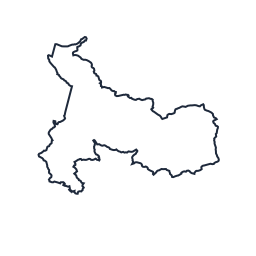 Itapeva, São Paulo, Brazil, rotated 105°
{"feature_id": "56859067B49589279755893", "entity_name": "Itapeva", "entity_type": "district", "adm_level": 2, "iso_a3": "BRA", "parent_name": "Brazil", "parent_adm1": "São Paulo", "projection": "equal_earth", "projection_center": [-48.855, -23.896], "detail": "fine", "context": "isolated", "style": "outline", "palette": "slate", "viewbox_px": 256, "rotation_deg": 105, "n_neighbors": 0, "source": "geoboundaries", "source_scale": "gbopen_adm2", "svg_char_len": 5867}
<svg xmlns="http://www.w3.org/2000/svg" viewBox="0 0 256 256"><g transform="rotate(105 128 128)"><path d="M149.9,47.2L148.7,46.2L148.0,46.5L147.3,46.9L146.6,47.0L145.7,46.5L144.9,45.7L144.6,44.9L141.2,39.1L141.1,37.2L140.5,35.8L139.6,35.6L138.4,34.5L137.4,32.9L136.5,32.1L135.4,32.0L134.5,32.4L133.5,33.1L132.4,34.5L131.5,34.9L129.8,36.4L127.3,37.2L126.0,37.8L124.2,38.0L120.9,40.2L120.0,40.6L119.2,40.6L117.7,41.6L116.8,41.6L116.0,42.0L115.1,41.7L113.4,40.6L111.1,41.6L110.0,41.0L106.4,41.4L104.9,41.2L103.6,41.4L103.1,42.3L103.1,43.9L101.6,45.1L100.9,46.6L99.8,47.4L98.9,47.3L96.5,44.6L95.9,45.4L95.5,47.7L93.7,49.2L92.5,49.6L91.5,51.4L90.8,54.7L90.8,56.3L90.5,58.4L90.0,59.0L88.4,60.0L86.2,60.8L85.6,61.5L87.2,63.4L88.5,64.2L88.6,65.6L88.4,67.7L88.6,69.4L89.7,72.3L90.1,73.8L91.0,75.9L92.7,77.8L92.8,79.6L93.0,81.0L93.6,81.9L95.3,83.7L95.9,84.7L96.6,85.3L97.0,86.2L97.8,87.0L99.7,87.1L101.1,86.9L102.0,87.6L103.4,89.8L103.7,91.8L104.4,92.6L105.4,93.3L107.6,93.0L110.4,97.2L109.8,98.1L108.8,99.0L107.8,100.4L107.3,102.6L105.6,107.0L105.3,108.4L104.0,110.3L103.2,110.2L102.7,109.3L101.8,108.9L101.0,109.8L99.1,109.7L97.1,110.1L95.3,111.3L94.3,111.4L93.8,112.6L94.0,114.0L93.8,115.4L94.9,118.1L95.8,118.6L97.4,121.6L97.2,123.5L96.8,124.7L97.7,126.6L98.8,127.6L99.0,129.2L98.7,131.7L98.0,132.5L98.5,133.8L97.6,136.2L96.4,135.9L96.0,136.7L96.3,137.6L96.2,138.8L96.8,139.7L97.0,140.8L99.6,145.7L100.1,147.1L99.8,148.7L98.5,149.4L97.7,148.9L96.4,149.0L96.4,150.2L95.9,151.0L96.2,152.0L96.0,153.5L94.5,155.6L94.2,156.5L94.7,157.7L94.6,158.7L94.5,161.6L95.6,163.6L94.6,164.0L94.5,165.0L92.5,165.5L92.0,166.7L91.0,165.8L90.0,166.1L89.4,166.6L89.2,167.8L88.6,168.4L85.9,170.0L85.5,171.1L85.5,172.1L84.7,172.3L84.1,172.8L83.8,174.7L82.4,175.7L81.4,175.3L79.6,176.1L79.0,177.0L78.9,178.1L78.3,178.9L77.4,179.2L76.5,179.1L75.4,179.7L74.5,180.6L73.6,183.1L73.1,185.4L73.1,186.9L73.6,188.5L73.3,190.8L72.2,192.0L71.1,194.9L71.0,196.5L71.2,198.2L72.0,199.6L70.3,200.5L69.4,200.6L68.8,200.3L67.6,198.9L67.2,198.1L66.2,197.0L65.1,197.2L63.8,197.8L62.7,197.9L62.3,197.0L60.6,195.3L59.9,195.2L58.9,195.5L57.1,194.2L56.6,193.2L55.8,192.7L54.7,192.4L54.4,191.2L52.3,191.1L51.2,192.2L51.3,193.3L54.0,195.4L54.4,196.2L56.8,196.7L59.6,198.7L60.9,200.5L61.0,201.4L61.5,202.1L61.9,203.5L63.9,206.3L64.5,206.9L64.9,207.8L65.8,211.2L66.2,213.0L65.5,218.6L65.9,219.9L78.7,219.9L78.2,222.4L78.2,223.5L78.8,224.0L81.6,223.0L82.3,221.9L84.0,221.2L85.3,219.6L88.1,215.4L88.5,214.3L89.6,213.2L90.3,212.5L92.4,211.1L93.2,210.3L94.3,210.3L94.6,208.5L95.4,208.0L95.9,207.0L97.0,205.8L97.4,205.0L97.7,202.8L98.5,201.9L98.7,200.5L99.2,199.6L100.1,199.0L100.4,197.2L101.4,196.5L102.0,195.3L102.3,193.9L102.2,192.9L128.9,192.7L131.9,192.5L132.8,192.9L134.9,191.3L135.8,191.5L137.6,192.7L139.8,195.2L140.1,196.2L140.9,196.8L142.6,197.1L142.7,198.1L142.1,199.0L141.4,199.6L140.3,200.0L140.4,201.7L141.6,201.6L142.6,200.9L143.5,199.9L145.4,198.9L146.4,199.4L146.9,200.3L148.6,201.2L149.5,202.3L152.5,203.3L153.4,203.3L154.3,203.0L157.8,199.1L158.8,198.5L159.4,197.7L160.1,198.3L162.5,197.9L164.3,199.3L165.3,199.3L166.0,199.5L166.5,200.5L167.1,201.0L170.5,201.1L171.5,202.3L171.6,203.3L172.3,203.6L173.5,204.6L174.3,205.0L175.9,207.2L177.0,207.5L178.5,206.6L179.3,203.0L180.0,201.9L181.1,201.1L181.0,200.1L181.8,198.2L185.1,196.3L185.8,196.2L186.6,195.8L187.4,194.9L188.3,194.3L188.9,193.4L189.8,193.0L190.9,193.0L191.9,192.5L192.3,191.4L193.2,189.9L193.9,189.5L195.4,189.4L196.7,190.5L198.4,191.0L199.0,190.3L199.9,190.0L200.1,187.5L199.8,186.2L198.8,185.3L198.8,182.0L199.0,179.2L197.9,179.0L197.1,176.5L197.5,175.5L198.3,174.6L199.1,175.6L199.9,175.7L200.2,173.9L200.0,172.7L200.2,170.7L199.4,169.5L201.4,168.5L202.1,168.4L202.8,168.9L203.4,168.1L204.0,166.8L203.0,167.1L203.8,164.7L203.1,164.2L202.6,163.4L203.6,163.3L204.7,162.0L204.8,160.8L204.5,159.6L203.0,159.7L202.3,159.5L201.6,158.3L201.3,156.6L200.4,156.4L199.9,155.8L198.1,156.0L197.1,155.3L196.5,155.9L195.9,157.0L194.9,157.2L192.9,156.5L193.0,158.1L192.6,159.0L191.6,159.7L191.2,160.5L191.1,161.9L190.2,162.4L189.6,163.9L188.5,165.1L187.2,165.7L186.0,168.1L185.3,167.7L184.8,167.0L183.8,166.7L183.1,166.0L181.3,167.2L180.0,169.2L179.6,170.7L178.1,170.3L177.4,169.3L176.4,169.4L175.4,170.3L174.6,170.9L173.9,170.0L171.6,168.0L171.1,167.1L170.5,166.6L170.1,165.5L170.9,164.4L170.1,162.8L169.9,161.3L169.5,159.9L167.8,157.6L167.8,156.3L168.3,155.5L168.1,154.2L167.5,153.0L166.0,151.3L166.8,149.5L166.5,148.7L166.8,147.4L166.0,147.2L165.3,147.8L164.5,147.9L163.9,148.9L163.0,148.7L162.4,149.3L161.8,150.9L161.8,151.9L161.1,152.8L159.5,154.2L158.7,154.5L157.6,154.5L156.7,155.3L154.6,156.0L153.4,155.7L152.7,155.9L151.6,155.6L149.1,158.3L148.4,157.7L148.7,156.8L151.8,153.5L151.1,151.6L151.7,149.7L151.8,148.3L150.8,146.5L150.9,145.2L151.7,143.1L151.7,141.8L152.0,140.8L152.9,140.1L153.1,137.3L153.0,136.0L152.5,134.6L151.7,133.7L152.3,132.7L152.9,131.1L152.9,129.6L153.3,128.2L152.3,126.5L152.7,125.1L152.0,123.7L152.0,122.6L150.5,121.5L150.2,118.7L149.6,117.3L146.7,114.5L147.6,113.1L148.5,113.0L149.3,113.6L150.7,113.7L152.3,115.1L153.5,115.9L155.0,116.4L155.7,116.3L157.3,115.3L158.3,115.2L159.0,114.4L159.9,114.3L161.7,114.7L160.6,113.0L159.6,112.4L159.1,111.6L158.8,110.5L158.8,106.8L159.1,105.9L159.8,105.1L160.8,104.8L161.5,103.9L161.5,102.8L161.2,101.6L160.6,100.9L160.8,99.7L161.4,98.7L162.5,98.2L162.9,97.3L163.4,95.3L163.8,92.6L164.7,92.0L166.0,92.0L166.5,91.2L163.9,89.5L162.1,88.8L161.3,88.0L160.7,86.8L159.9,86.1L158.9,85.0L158.7,83.6L157.8,80.7L158.5,79.7L158.7,77.0L159.6,76.6L160.6,75.8L161.4,75.6L162.5,73.5L163.9,72.7L163.7,71.5L162.5,70.0L161.2,68.0L160.9,67.2L158.8,65.1L158.2,64.6L157.5,64.9L156.6,64.2L155.8,63.3L155.3,62.3L155.2,60.7L154.1,60.1L153.5,58.7L153.8,57.3L154.6,56.3L155.1,54.9L155.1,52.0L154.1,52.2L152.1,51.3L151.6,50.6L151.4,49.6L150.9,48.6L149.9,47.2Z" fill="none" stroke="#1e293b" stroke-width="2"/></g></svg>